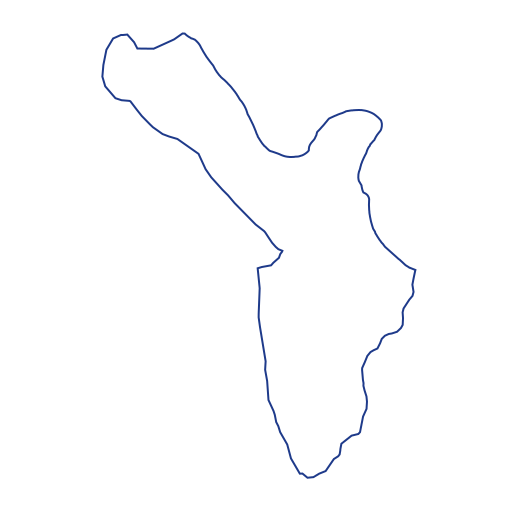 Zarqa, Dumyat, Egypt (Equal Earth projection), rotated 92°
{"feature_id": "37247803B96389835129643", "entity_name": "Zarqa", "entity_type": "district", "adm_level": 2, "iso_a3": "EGY", "parent_name": "Egypt", "parent_adm1": "Dumyat", "projection": "equal_earth", "projection_center": [31.647, 31.209], "detail": "fine", "context": "isolated", "style": "outline", "palette": "blue", "viewbox_px": 512, "rotation_deg": 92, "n_neighbors": 0, "source": "geoboundaries", "source_scale": "gbopen_adm2", "svg_char_len": 6067}
<svg xmlns="http://www.w3.org/2000/svg" viewBox="0 0 512 512"><g transform="rotate(92 256 256)"><path d="M70.4,415.2L82.1,415.8L91.7,412.6L103.2,402.0L105.0,395.8L105.4,387.9L105.8,386.9L114.0,380.2L120.1,375.0L128.1,366.6L130.9,363.5L137.4,353.6L139.6,347.1L141.8,338.6L155.9,317.0L167.0,311.4L171.0,309.4L178.9,303.5L190.9,291.9L196.3,286.1L203.9,279.2L224.5,257.5L230.8,248.8L232.1,247.6L237.2,244.0L242.2,240.4L246.2,236.6L248.4,233.9L249.9,229.8L250.8,230.1L253.2,231.8L257.0,233.0L262.1,238.4L264.8,240.6L266.8,249.8L268.2,253.9L286.6,251.4L288.2,251.2L312.0,251.3L313.7,251.3L317.3,251.2L327.0,249.5L358.4,243.2L360.9,242.7L369.4,242.9L380.5,240.5L399.5,238.5L410.2,233.1L414.0,231.7L421.3,230.0L425.2,227.8L431.2,225.7L443.3,218.2L457.1,214.0L468.5,206.8L472.0,204.6L471.8,202.0L475.8,196.8L475.0,190.9L471.3,185.2L468.5,178.9L456.2,171.1L453.3,166.9L451.4,165.5L447.7,165.0L445.8,164.9L440.6,164.1L432.2,154.2L430.3,147.5L428.4,145.9L412.7,143.4L404.9,140.2L397.7,140.0L392.5,140.7L386.6,142.8L382.0,144.1L379.3,144.1L376.1,144.8L366.2,146.0L364.3,146.0L358.4,143.6L351.9,141.2L348.0,138.2L346.1,135.2L344.2,131.4L339.0,129.0L334.4,127.4L331.2,124.4L329.3,120.6L328.7,117.6L326.8,112.4L322.9,108.6L319.7,107.0L313.1,106.9L307.2,107.5L303.3,106.7L294.2,101.2L290.4,98.2L286.4,97.3L279.2,98.7L273.3,97.8L265.8,96.5L264.4,96.2L264.1,97.0L263.8,97.9L263.5,98.8L263.2,99.6L262.9,100.5L262.5,101.3L262.4,102.2L261.8,103.0L260.9,104.6L260.5,105.3L259.9,106.3L258.6,107.8L254.7,112.3L254.0,113.4L251.8,116.0L249.4,118.9L246.8,122.0L244.2,125.1L242.3,127.4L241.2,128.3L239.5,129.6L238.6,130.6L237.7,131.4L236.7,132.1L235.8,132.9L234.8,133.6L233.8,134.3L232.8,135.0L231.8,135.7L230.8,136.3L229.8,137.0L228.8,137.6L227.6,137.9L225.7,139.2L224.6,139.9L223.5,140.3L222.6,140.6L221.2,141.1L219.9,141.5L218.7,141.9L217.4,142.3L216.2,142.6L214.9,142.9L213.7,143.2L212.4,143.5L211.2,143.7L209.9,144.0L208.6,144.2L207.4,144.3L206.1,144.5L204.8,144.6L203.5,144.7L202.3,144.8L201.0,144.9L199.7,144.9L198.4,144.9L196.9,144.9L196.0,144.9L195.2,144.9L194.5,145.1L193.7,145.3L192.9,145.7L192.2,146.1L191.6,146.5L191.0,147.1L190.4,147.8L189.9,148.5L189.5,149.3L189.1,150.1L188.8,150.8L188.2,151.2L187.5,151.5L186.7,151.8L185.9,152.1L185.1,152.3L184.3,152.5L183.5,152.7L182.7,152.9L181.8,153.0L179.9,154.2L178.0,155.4L177.2,155.9L176.6,156.0L176.0,156.2L175.3,156.3L174.7,156.4L174.1,156.5L173.5,156.5L172.8,156.5L172.2,156.5L171.6,156.5L170.9,156.5L170.3,156.4L169.7,156.3L169.1,156.2L168.4,156.1L167.8,155.9L167.2,155.7L166.6,155.5L165.9,155.3L165.2,155.1L164.2,154.9L163.1,154.7L162.1,154.4L161.0,154.2L160.0,153.9L159.0,153.5L157.9,153.2L156.9,152.8L155.9,152.4L154.9,152.0L153.9,151.6L152.9,151.1L151.9,150.7L150.9,150.2L149.8,149.6L148.2,149.1L147.5,148.9L146.7,148.7L146.0,148.4L145.2,148.1L144.5,147.8L143.8,147.4L143.1,147.1L142.4,146.4L141.7,146.1L140.3,145.6L139.7,144.9L139.0,144.5L138.4,143.9L137.7,143.4L137.1,142.9L136.5,142.3L136.0,141.8L135.2,141.5L134.4,141.1L133.7,140.8L132.9,140.4L132.2,140.0L131.5,139.6L130.8,139.2L130.1,138.7L129.4,138.2L128.7,137.7L128.0,137.2L127.4,136.7L126.4,136.0L125.4,135.5L124.4,135.2L123.3,135.0L122.3,134.8L121.2,134.8L120.1,134.8L119.0,134.9L118.0,135.2L117.0,135.5L116.2,135.8L115.0,136.9L114.2,137.8L113.6,138.4L113.0,139.1L112.5,139.8L111.9,140.5L111.4,141.2L110.9,141.9L110.4,142.6L109.9,143.4L109.5,144.2L109.1,145.0L108.8,145.7L108.5,146.5L108.1,147.6L107.6,149.1L107.2,150.6L106.9,152.2L106.7,153.8L106.5,155.4L106.5,157.0L106.5,158.5L106.6,159.7L106.7,161.0L106.8,162.2L106.9,163.4L107.1,164.7L107.2,165.9L107.4,167.1L107.7,168.4L107.9,169.6L108.3,171.2L108.9,172.2L110.1,174.7L110.7,176.4L111.3,177.9L111.9,179.3L112.6,180.7L113.2,182.1L113.9,183.5L114.6,184.9L115.3,186.3L116.1,187.8L117.4,188.9L118.9,190.0L120.4,191.2L122.0,192.4L123.5,193.6L125.0,194.9L126.5,196.1L128.0,197.4L129.4,198.7L130.2,199.3L130.9,199.4L131.5,199.6L132.1,199.7L132.7,199.8L133.4,200.0L134.2,200.4L135.4,200.9L136.6,201.4L137.7,202.1L138.7,202.9L139.8,203.8L140.7,204.5L141.5,205.1L142.4,205.6L143.3,206.1L144.2,206.4L145.1,206.7L146.1,206.8L146.8,206.9L147.6,206.9L148.6,206.9L149.6,207.6L150.4,208.4L151.2,209.3L151.9,210.2L152.6,211.2L153.2,212.2L153.8,213.3L154.2,214.5L154.6,215.6L155.0,216.8L155.2,218.1L155.3,219.3L155.4,220.4L155.6,221.2L155.7,222.3L155.8,223.8L155.9,225.3L155.8,226.7L155.7,228.2L155.5,229.6L155.2,231.1L154.9,232.1L154.6,233.1L154.1,234.5L153.6,235.7L153.1,237.0L152.7,238.2L152.3,239.5L151.9,240.8L151.5,242.1L151.1,243.4L150.8,244.7L150.4,245.9L149.8,246.8L149.1,247.6L148.4,248.4L147.7,249.2L147.0,249.9L146.3,250.7L145.6,251.7L144.8,252.3L144.1,253.0L143.4,253.6L142.5,254.3L140.8,255.5L140.0,256.1L138.3,257.2L136.6,258.4L135.7,258.6L134.8,259.1L133.9,259.6L131.9,260.4L131.1,260.7L129.6,261.4L128.0,262.1L126.5,262.8L125.0,263.5L123.5,264.3L122.0,265.1L120.5,265.9L119.0,266.7L117.5,267.5L114.4,269.4L113.1,269.8L112.3,270.1L111.5,270.4L110.7,270.7L109.9,271.0L109.2,271.4L108.5,271.7L107.6,272.2L106.9,272.6L106.1,273.0L105.4,273.5L104.6,274.0L103.9,274.5L103.2,275.0L102.5,275.5L101.8,276.1L101.2,276.7L100.3,277.5L99.1,278.3L98.0,279.0L96.9,279.7L95.8,280.5L94.7,281.2L93.7,282.0L92.6,282.8L91.6,283.7L90.6,284.5L89.6,285.4L88.6,286.2L87.6,287.1L86.6,288.1L85.7,289.0L84.8,290.0L83.8,290.9L83.1,291.7L82.0,292.9L81.1,293.9L80.3,295.0L78.6,297.1L77.7,297.9L77.0,298.6L76.3,299.3L75.5,299.9L74.8,300.5L74.0,301.1L73.3,301.7L72.5,302.2L71.7,302.8L70.9,303.3L70.1,303.8L69.3,304.2L68.5,304.7L67.4,305.3L66.6,305.9L65.5,306.9L64.4,307.8L63.1,308.9L62.1,309.7L61.0,310.6L59.8,311.5L58.7,312.4L57.5,313.2L56.3,314.0L55.1,314.8L53.9,315.6L52.6,316.4L51.4,317.1L50.0,318.0L48.7,318.7L48.1,319.0L47.5,319.4L47.0,319.7L46.4,320.1L45.9,320.6L45.3,321.0L44.6,321.7L43.6,322.7L42.7,323.7L41.9,324.7L41.5,325.8L41.0,327.1L40.8,328.3L40.2,329.1L39.6,330.3L38.9,331.5L38.3,332.4L37.8,333.1L37.3,333.7L36.8,334.3L36.2,335.0L36.2,337.2L42.3,345.3L43.5,347.6L52.4,365.5L52.8,381.8L46.6,385.3L40.0,391.6L39.2,392.3L39.8,396.9L39.8,398.6L43.6,406.4L55.1,412.7L70.4,415.2Z" fill="none" stroke="#1e3a8a" stroke-width="2"/></g></svg>